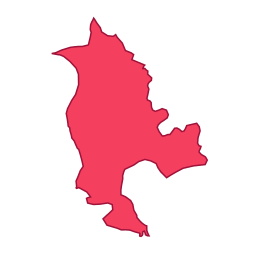 the district of Ughelli South, Delta, Nigeria, rotated 184°
{"feature_id": "59680162B30773939854921", "entity_name": "Ughelli South", "entity_type": "district", "adm_level": 2, "iso_a3": "NGA", "parent_name": "Nigeria", "parent_adm1": "Delta", "projection": "robinson", "projection_center": [5.889, 5.347], "detail": "fine", "context": "isolated", "style": "filled", "palette": "rose", "viewbox_px": 256, "rotation_deg": 184, "n_neighbors": 0, "source": "geoboundaries", "source_scale": "gbopen_adm2", "svg_char_len": 2463}
<svg xmlns="http://www.w3.org/2000/svg" viewBox="0 0 256 256"><g transform="rotate(184 128 128)"><path d="M167.3,231.8L168.8,233.9L169.9,235.2L170.8,232.7L171.5,231.3L172.4,228.6L172.5,226.9L172.5,225.2L172.5,223.5L171.4,220.9L172.0,215.8L173.2,208.7L173.8,207.8L175.5,207.4L179.1,206.2L183.4,205.8L187.2,205.2L191.2,204.4L199.7,201.1L205.6,197.9L206.1,197.8L209.3,197.0L202.0,196.2L201.1,196.3L197.1,194.9L190.6,190.4L183.9,184.1L181.2,178.2L180.6,171.3L180.3,167.7L182.6,157.8L186.1,151.5L189.6,143.2L190.6,138.2L189.4,133.7L188.2,128.2L187.8,125.7L186.2,124.2L185.6,121.1L184.6,118.4L184.2,117.4L183.3,114.0L180.7,111.3L179.2,108.2L177.0,104.1L175.7,103.3L173.6,97.9L171.5,91.7L170.0,86.6L172.6,82.1L174.4,76.2L176.1,71.4L175.3,66.8L175.1,66.0L175.6,64.7L175.1,64.3L175.0,64.2L172.9,65.1L164.6,61.3L160.5,56.6L163.2,55.7L164.5,54.9L163.0,50.3L157.1,49.3L150.6,50.1L149.2,50.4L142.9,51.8L138.4,50.5L138.3,49.7L137.5,45.4L141.9,40.5L142.8,39.7L146.6,35.6L142.2,29.6L137.7,28.6L131.8,27.3L127.6,25.9L123.2,26.3L119.0,26.3L114.3,25.0L113.0,24.7L111.1,24.3L109.4,24.0L108.6,23.4L108.9,22.2L108.7,21.0L107.4,20.8L106.2,21.9L105.9,23.1L106.0,25.4L104.7,26.3L103.9,25.2L103.1,22.7L101.3,21.9L99.5,21.9L101.2,24.9L102.1,27.2L102.5,31.7L103.7,31.9L105.8,33.1L107.6,34.3L109.6,36.0L112.9,39.4L113.2,41.6L116.4,46.3L117.9,52.1L120.3,55.8L123.6,57.9L125.7,59.2L130.4,60.9L130.8,65.7L130.5,70.1L130.3,71.8L129.7,76.9L130.0,80.1L129.2,84.0L128.3,86.6L119.6,91.5L114.9,95.3L108.9,97.8L103.0,96.8L97.4,94.5L95.3,90.4L92.3,86.6L89.4,84.1L86.0,81.1L82.1,84.0L77.1,87.4L70.2,91.7L60.0,94.8L48.5,96.9L46.7,101.5L48.7,104.5L50.9,105.7L52.9,106.6L55.4,108.9L55.4,110.1L54.3,112.8L53.9,114.8L55.8,115.2L57.5,117.6L57.5,123.0L55.9,130.2L57.0,134.2L59.8,137.5L69.6,134.5L70.7,131.3L71.9,128.9L74.0,128.2L76.6,130.2L79.2,131.4L81.5,131.0L82.7,129.0L85.6,124.5L88.0,124.2L90.6,122.9L93.2,122.4L96.6,126.4L98.9,130.6L98.1,133.2L95.9,135.8L93.1,137.9L89.6,140.8L88.7,144.1L90.9,148.5L95.3,149.7L97.8,148.3L102.0,146.5L104.7,147.7L106.0,150.4L106.7,155.1L108.0,156.5L110.5,157.3L111.2,159.0L110.6,162.5L109.9,168.3L111.4,171.3L111.0,173.6L110.0,175.2L108.0,177.1L107.9,179.7L112.1,183.0L112.2,186.2L113.8,187.1L115.4,188.6L117.3,188.3L117.0,189.6L116.6,190.8L115.7,191.9L128.9,196.4L127.5,201.6L130.1,203.2L136.0,205.1L139.6,212.3L145.2,217.8L146.8,220.3L149.1,218.4L154.7,218.6L161.0,222.0L162.6,226.1L166.2,230.3L167.3,231.8Z" fill="#f43f5e" stroke="#9f1239" stroke-width="1.5"/></g></svg>